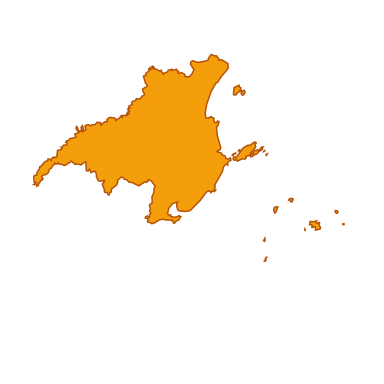 La-Ngu, Satun, Thailand (Robinson projection), rotated 228°
{"feature_id": "78962969B4904051654531", "entity_name": "La-Ngu", "entity_type": "district", "adm_level": 2, "iso_a3": "THA", "parent_name": "Thailand", "parent_adm1": "Satun", "projection": "robinson", "projection_center": [99.786, 6.925], "detail": "fine", "context": "isolated", "style": "filled", "palette": "amber", "viewbox_px": 384, "rotation_deg": 228, "n_neighbors": 0, "source": "geoboundaries", "source_scale": "gbopen_adm2", "svg_char_len": 6114}
<svg xmlns="http://www.w3.org/2000/svg" viewBox="0 0 384 384"><g transform="rotate(228 192 192)"><path d="M298.1,202.7L296.8,201.2L296.0,201.7L296.0,200.5L296.8,200.6L296.2,199.4L293.9,199.4L294.4,197.6L292.9,198.0L292.3,197.4L293.8,196.7L293.6,195.8L293.1,196.6L292.4,196.1L292.7,194.2L295.3,191.6L294.1,190.2L296.1,190.5L295.5,187.5L296.2,183.2L297.0,184.2L298.9,183.9L302.3,181.0L302.9,179.2L302.7,177.3L300.9,176.3L302.6,174.0L302.5,169.0L304.8,170.6L306.1,168.8L307.3,168.5L307.0,164.8L308.9,162.7L308.8,160.8L310.9,160.4L312.4,158.5L312.6,156.5L309.9,155.4L309.1,154.2L310.2,152.6L309.8,150.7L310.4,150.6L311.5,153.7L314.7,154.9L314.5,153.2L311.8,151.1L312.4,149.3L313.9,148.8L316.5,150.1L318.0,149.9L316.7,148.2L311.9,147.8L313.5,143.7L310.6,142.6L311.8,139.3L313.4,137.2L312.8,134.8L314.0,132.8L313.3,131.5L312.2,132.0L310.8,130.4L312.8,127.7L312.1,125.8L312.8,124.7L311.8,124.9L311.1,123.6L312.8,119.8L308.7,115.2L309.6,112.3L310.2,112.8L310.9,111.5L310.6,109.4L309.7,108.3L311.0,108.4L312.9,107.1L311.8,105.2L312.9,103.6L312.8,100.2L312.1,99.4L312.6,98.1L311.9,96.7L312.6,95.7L311.2,93.9L310.5,90.4L308.5,87.9L309.7,86.0L309.4,84.7L305.1,81.4L303.4,82.5L303.5,79.4L301.9,81.1L300.6,81.3L300.1,80.6L299.7,82.5L301.2,83.5L300.8,84.9L301.9,87.7L301.1,88.5L301.7,90.4L303.8,90.3L304.3,91.0L304.0,93.5L302.9,94.5L302.4,97.7L304.4,101.8L303.8,103.5L304.8,106.1L304.5,108.5L305.3,109.4L303.6,109.7L303.1,110.9L303.4,112.0L301.1,112.1L301.0,112.9L297.0,115.0L296.2,117.7L296.6,119.0L295.6,120.8L295.7,123.0L290.5,123.7L290.3,124.9L286.3,127.8L286.0,132.3L285.4,133.2L278.5,127.7L277.1,129.2L277.6,131.0L273.9,130.0L273.3,132.5L272.2,133.7L269.4,133.1L267.5,131.3L263.0,129.8L261.3,131.2L259.5,134.6L258.2,134.0L258.7,132.9L258.0,132.5L257.9,130.5L252.0,128.3L251.3,127.3L249.9,127.0L248.4,128.7L246.4,127.9L245.2,128.5L246.6,130.6L246.0,132.2L247.0,132.5L248.1,134.8L247.6,140.6L248.9,143.3L250.5,144.5L250.5,149.2L248.9,150.5L247.0,150.1L245.2,151.6L241.3,151.8L239.3,153.7L232.0,156.7L232.1,158.6L231.5,159.1L232.0,160.6L231.2,161.7L231.2,163.7L229.7,164.6L229.5,166.5L230.5,167.6L227.5,169.2L220.8,168.5L220.5,166.8L217.1,163.3L215.4,159.2L210.4,155.0L211.0,153.3L210.6,151.4L207.7,150.1L205.9,147.5L203.9,147.4L203.7,145.2L201.7,143.9L201.9,142.9L204.2,142.8L204.6,140.8L203.9,139.8L201.7,141.4L199.4,138.9L197.9,140.2L195.3,140.9L194.0,143.6L193.3,148.7L191.6,151.8L188.1,154.4L185.4,157.5L183.8,157.9L183.7,158.6L181.2,157.5L180.5,158.1L181.0,161.5L180.1,163.3L181.2,167.3L182.1,166.4L182.9,166.7L184.2,163.1L185.9,161.2L188.5,159.8L188.9,160.8L190.9,159.2L192.4,159.5L195.4,163.8L196.4,170.1L194.2,174.6L193.4,172.7L191.2,170.9L188.5,169.6L186.8,169.7L182.0,173.9L179.4,178.2L180.3,192.8L182.3,202.4L181.7,205.2L179.8,206.0L178.9,205.6L179.1,208.1L177.5,208.7L177.4,210.6L177.9,211.2L178.2,210.5L179.1,210.7L180.8,213.1L181.8,213.0L186.9,228.4L189.5,232.0L190.0,235.2L189.2,236.6L188.2,236.7L190.2,238.3L189.5,242.2L191.7,243.4L191.8,241.6L194.0,239.7L196.7,240.7L199.4,239.3L201.7,239.8L205.3,237.6L205.6,238.6L204.7,241.5L205.8,243.1L216.4,248.2L222.5,252.6L224.0,253.9L224.1,256.1L226.4,259.3L227.7,258.2L227.0,257.2L228.4,255.3L230.4,255.9L232.2,257.7L233.9,256.7L235.1,256.9L236.3,253.0L237.7,251.9L241.8,254.6L247.4,261.6L254.0,273.7L256.9,282.6L256.3,284.2L258.1,290.4L259.5,300.7L260.1,302.0L263.4,304.6L270.3,302.6L272.0,300.1L272.5,300.9L276.9,301.3L278.1,299.7L281.4,298.4L280.6,294.5L279.4,292.6L279.8,290.4L284.4,283.0L289.0,280.4L289.5,278.5L288.1,276.4L281.5,275.2L279.8,270.9L279.5,267.7L280.0,266.4L282.6,264.0L284.2,265.4L288.0,264.0L289.0,261.3L290.0,261.3L290.7,262.8L292.1,262.1L293.7,262.5L295.5,258.6L296.9,259.2L297.2,257.5L298.6,256.0L297.6,254.3L299.1,250.6L298.7,249.6L302.2,249.9L302.9,250.7L303.8,248.7L306.8,247.8L308.5,246.4L310.4,247.3L311.9,246.9L312.1,245.7L311.0,246.2L310.0,245.6L310.6,244.1L311.6,244.0L311.1,243.1L312.3,243.2L311.6,242.2L312.2,242.0L310.9,240.9L311.0,236.9L309.6,236.1L310.6,233.4L303.8,230.2L300.9,230.0L300.6,228.2L301.6,224.5L299.8,222.9L296.8,222.4L296.0,221.2L296.7,218.9L295.9,216.2L296.8,214.4L298.6,213.2L297.7,211.2L299.0,208.7L298.9,206.9L297.0,206.2L298.1,202.7ZM189.3,244.7L187.7,244.4L186.7,245.4L186.7,247.0L184.6,246.3L182.9,251.8L180.9,253.5L181.1,255.0L182.3,256.2L180.8,258.7L180.8,260.2L181.9,262.0L181.7,263.8L182.5,265.0L182.0,266.4L183.0,269.6L185.7,270.9L185.2,272.0L185.8,272.7L187.3,272.0L188.0,265.6L189.3,265.2L190.5,259.9L188.3,248.4L188.8,247.4L190.4,246.7L189.8,246.5L189.3,244.7ZM87.0,259.0L85.5,257.4L84.7,258.2L84.9,259.5L83.6,260.3L81.0,258.2L78.8,262.4L79.4,263.6L82.9,264.6L83.5,266.1L84.6,266.0L84.8,264.2L85.6,263.7L86.4,263.8L87.2,265.3L88.5,262.6L91.1,260.1L89.0,257.5L87.9,259.0L87.0,259.0ZM239.9,298.4L241.4,293.0L236.9,288.2L235.8,288.3L234.6,290.3L235.4,291.4L234.9,294.5L236.1,297.3L236.9,298.1L238.2,297.4L239.9,298.4ZM180.6,260.3L179.0,259.1L177.9,260.8L178.2,262.0L176.8,266.4L177.4,268.3L176.6,272.4L177.0,273.4L177.8,273.3L178.0,274.9L178.9,273.6L178.3,271.6L178.6,270.5L177.7,269.6L178.9,268.5L179.6,268.7L180.6,265.5L179.7,263.1L179.8,262.3L180.7,262.3L180.6,260.3ZM123.3,245.7L125.1,244.3L125.2,242.3L124.0,240.6L121.0,239.5L120.8,240.4L123.3,245.7ZM232.4,295.5L232.4,294.5L230.2,294.2L229.6,295.5L230.7,298.4L232.6,298.8L233.5,296.8L234.7,296.5L234.2,295.6L232.4,295.5ZM121.7,259.5L121.3,258.7L121.0,259.6L119.2,258.8L117.7,259.5L118.9,262.5L120.8,261.8L121.7,259.5ZM81.3,285.1L79.4,285.1L79.2,287.0L81.1,287.3L82.3,285.9L81.3,285.1ZM108.8,215.1L107.9,212.6L106.9,212.7L107.0,213.8L108.8,215.1ZM192.6,248.5L192.5,246.0L191.8,247.5L192.1,248.7L192.6,248.5ZM66.5,283.7L67.4,283.0L67.5,282.6L66.7,282.4L66.0,283.2L66.5,283.7ZM92.6,201.1L92.4,199.8L92.2,199.5L91.5,200.6L92.6,201.1ZM191.5,255.7L191.8,254.5L191.2,253.9L190.9,255.0L191.5,255.7ZM169.9,273.3L170.3,272.1L169.5,271.8L169.9,273.3ZM192.0,251.2L191.9,249.1L191.3,249.8L192.0,251.2ZM89.0,251.2L88.2,250.3L87.8,250.3L88.2,251.1L89.0,251.2ZM93.5,202.1L92.8,202.2L93.5,202.9L93.5,202.1ZM93.4,203.8L94.1,204.3L93.6,203.4L93.4,203.8ZM173.9,273.7L174.5,273.5L174.1,272.6L173.9,273.7Z" fill="#f59e0b" stroke="#b45309" stroke-width="1.5"/></g></svg>